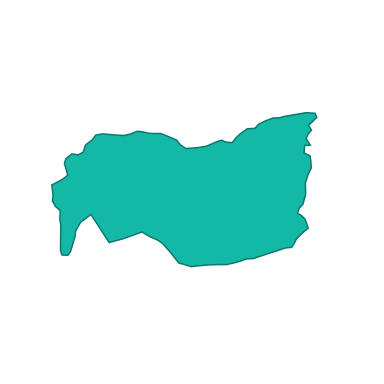 Munhoz de Melo, Paraná, Brazil, rotated 66°
{"feature_id": "56859067B84090518695688", "entity_name": "Munhoz de Melo", "entity_type": "district", "adm_level": 2, "iso_a3": "BRA", "parent_name": "Brazil", "parent_adm1": "Paraná", "projection": "albers", "projection_center": [-51.738, -23.131], "detail": "fine", "context": "isolated", "style": "filled", "palette": "teal", "viewbox_px": 384, "rotation_deg": 66, "n_neighbors": 0, "source": "geoboundaries", "source_scale": "gbopen_adm2", "svg_char_len": 1452}
<svg xmlns="http://www.w3.org/2000/svg" viewBox="0 0 384 384"><g transform="rotate(66 192 192)"><path d="M283.1,123.5L280.6,119.6L277.4,115.7L274.9,109.4L272.2,100.5L262.7,99.7L257.8,101.7L254.3,104.3L250.3,100.5L248.4,95.7L240.6,89.3L234.5,86.6L229.9,84.8L223.3,78.9L218.5,73.2L212.2,70.9L206.9,69.5L201.9,73.7L195.3,70.2L197.3,64.8L189.8,66.0L186.6,62.8L184.1,57.6L178.4,58.5L176.8,53.3L174.5,47.6L170.1,47.6L166.1,55.1L164.2,62.2L162.4,69.5L160.8,75.6L159.6,82.6L157.4,87.5L156.9,95.7L157.1,103.2L159.4,108.7L156.7,115.8L158.5,124.3L160.1,129.2L163.3,135.2L160.1,140.9L156.7,143.9L156.1,150.1L156.0,160.2L154.4,166.5L152.3,173.2L149.6,180.1L143.9,183.5L138.2,185.0L132.2,190.6L125.7,196.9L123.8,201.4L120.9,207.4L117.0,212.6L114.3,217.2L113.9,225.0L112.7,231.2L109.5,237.4L102.4,250.3L100.9,256.8L103.8,261.9L105.7,270.1L111.4,275.3L111.7,281.0L108.4,286.1L110.2,293.5L113.9,296.9L126.1,298.7L127.7,304.9L128.6,317.3L138.7,320.3L143.3,323.2L149.4,322.7L155.4,320.0L163.3,323.9L168.5,325.2L191.6,335.8L196.7,336.4L199.3,331.1L197.0,327.2L193.2,323.9L189.6,320.9L185.4,317.1L180.2,314.1L174.3,306.0L172.9,299.4L171.4,293.4L204.4,288.3L206.6,274.8L208.2,254.0L215.6,248.7L221.9,243.0L227.0,239.8L237.6,236.5L251.6,232.9L255.2,228.4L259.8,223.2L263.0,213.4L265.3,206.7L268.9,197.7L272.4,189.8L274.0,181.6L274.8,176.4L275.3,169.5L277.8,162.9L278.3,156.7L279.0,150.1L281.2,129.2L283.1,123.5Z" fill="#14b8a6" stroke="#0f766e" stroke-width="1.5"/></g></svg>